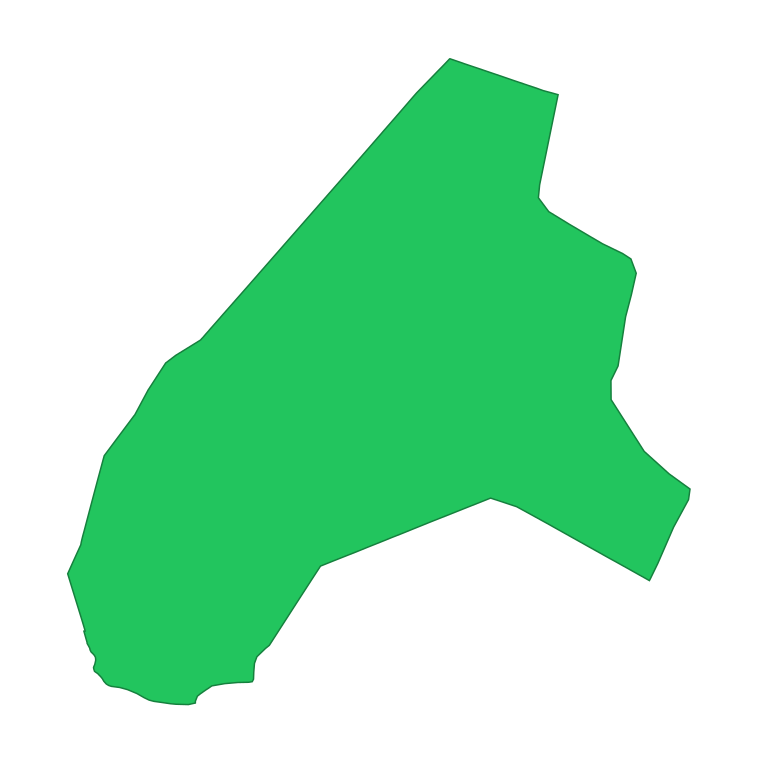 Al Butanah, Gedarif, Sudan (Equal Earth projection), rotated 272°
{"feature_id": "16777658B92441932102927", "entity_name": "Al Butanah", "entity_type": "district", "adm_level": 2, "iso_a3": "SDN", "parent_name": "Sudan", "parent_adm1": "Gedarif", "projection": "equal_earth", "projection_center": [34.366, 15.004], "detail": "fine", "context": "isolated", "style": "filled", "palette": "green", "viewbox_px": 768, "rotation_deg": 272, "n_neighbors": 0, "source": "geoboundaries", "source_scale": "gbopen_adm2", "svg_char_len": 2344}
<svg xmlns="http://www.w3.org/2000/svg" viewBox="0 0 768 768"><g transform="rotate(272 384 384)"><path d="M302.6,106.9L298.8,106.0L276.0,100.7L237.5,91.9L227.3,89.6L221.4,88.2L219.0,87.7L215.5,87.0L212.7,86.6L206.2,83.9L195.8,79.6L183.3,74.5L164.5,81.0L137.1,90.5L126.7,94.0L126.5,92.7L119.6,94.9L115.6,96.2L114.3,96.4L111.0,98.4L109.5,99.2L108.1,99.5L106.9,100.1L105.5,101.0L104.9,101.9L102.7,104.0L100.9,105.1L99.2,105.4L97.8,105.5L96.1,105.2L94.0,104.8L93.0,104.5L91.8,104.0L90.4,103.6L89.1,103.9L86.8,104.7L86.0,105.8L84.6,108.0L82.9,109.7L82.0,110.7L79.8,112.7L77.1,114.4L74.5,116.9L73.1,119.4L72.3,122.1L71.5,130.4L69.6,138.4L66.0,147.9L62.1,155.3L59.9,160.3L58.8,165.2L58.1,172.0L57.0,181.9L56.7,187.4L56.8,199.7L58.6,206.6L60.5,206.6L65.5,208.4L68.5,211.9L68.9,212.6L69.3,213.0L69.6,213.4L69.8,213.6L70.1,214.1L70.6,214.7L70.7,214.9L71.0,215.2L71.1,215.4L71.3,215.7L71.6,216.0L72.3,217.0L73.6,218.9L76.3,222.5L79.0,235.3L80.6,248.3L81.2,259.2L81.9,262.7L84.4,263.9L91.6,263.9L100.3,264.3L105.2,265.9L107.0,266.5L115.6,274.8L118.8,278.5L126.2,282.9L136.6,289.1L154.9,300.0L163.3,305.0L185.7,318.4L199.8,326.9L202.2,332.3L206.0,340.9L216.1,364.0L220.1,372.9L227.1,388.8L230.7,396.8L235.3,407.4L240.1,418.1L247.8,435.4L261.6,466.9L273.7,494.5L266.0,520.9L250.7,551.2L219.4,612.0L217.2,616.3L215.0,620.7L212.7,625.2L209.0,632.4L205.3,639.6L202.3,645.4L198.5,652.8L196.8,656.1L198.9,657.1L214.2,663.9L251.0,678.4L279.1,692.4L289.7,693.5L304.1,672.1L325.7,646.4L376.3,611.5L395.4,610.7L410.2,617.3L459.6,623.1L481.8,628.1L503.5,632.2L517.6,626.4L522.6,618.1L531.8,597.4L539.2,583.7L550.3,563.3L562.0,542.6L575.5,531.8L588.5,532.6L679.2,547.9L680.8,541.4L681.6,537.9L682.8,532.8L684.5,527.5L691.9,502.8L695.0,492.7L698.7,480.4L701.5,471.1L707.0,452.7L707.6,450.9L709.6,444.3L710.5,441.4L710.6,441.0L711.0,439.7L711.3,438.7L711.3,438.4L711.2,438.3L711.1,438.1L710.5,437.6L705.0,432.7L697.9,426.2L690.8,419.8L685.4,414.9L675.9,406.3L671.0,402.3L663.9,396.6L660.9,394.2L658.9,392.6L636.1,374.1L635.2,373.4L613.2,355.6L572.6,322.5L507.5,269.4L471.1,239.7L448.2,220.9L442.9,216.6L432.2,207.8L431.5,207.3L431.2,207.1L428.0,204.4L424.1,201.3L422.8,200.1L422.6,200.0L422.3,199.7L421.6,199.2L405.4,174.9L397.4,165.1L370.6,149.0L370.4,148.8L344.4,136.0L343.4,135.2L318.2,117.7L302.6,106.9Z" fill="#22c55e" stroke="#15803d" stroke-width="1.5"/></g></svg>